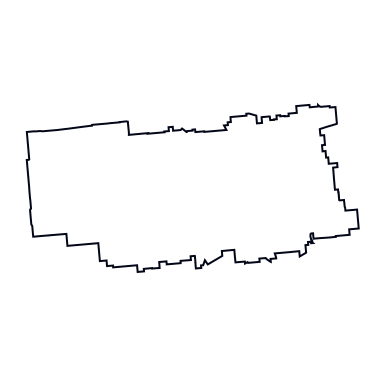 the district of Dowerin, Western Australia, Australia, rotated 265°
{"feature_id": "25037944B58207809126055", "entity_name": "Dowerin", "entity_type": "district", "adm_level": 2, "iso_a3": "AUS", "parent_name": "Australia", "parent_adm1": "Western Australia", "projection": "robinson", "projection_center": [117.124, -31.113], "detail": "fine", "context": "isolated", "style": "outline", "palette": "ink", "viewbox_px": 384, "rotation_deg": 265, "n_neighbors": 0, "source": "geoboundaries", "source_scale": "gbopen_adm2", "svg_char_len": 4748}
<svg xmlns="http://www.w3.org/2000/svg" viewBox="0 0 384 384"><g transform="rotate(265 192 192)"><path d="M264.1,342.3L264.2,336.6L265.6,336.6L265.6,336.4L265.6,335.7L265.6,334.2L265.6,332.1L265.6,330.0L265.6,328.1L265.7,327.8L265.8,327.4L265.8,327.2L266.0,326.9L266.2,326.6L266.4,326.4L266.6,326.1L267.6,325.2L266.2,325.2L266.1,316.7L268.5,316.6L268.5,303.3L261.7,303.3L261.7,295.0L259.2,295.0L259.3,291.0L259.7,291.0L259.7,286.5L260.8,286.5L260.8,282.8L257.1,282.8L257.2,279.9L256.7,279.9L256.8,276.2L259.4,276.1L260.4,276.1L260.5,275.1L260.5,272.7L260.5,271.6L260.5,270.2L260.5,268.5L260.5,267.9L259.3,267.8L257.3,267.8L255.9,267.8L254.7,267.8L254.7,262.7L262.5,262.7L262.6,262.4L262.7,262.2L263.6,259.8L265.1,255.9L265.2,255.6L265.2,254.8L265.2,254.7L265.2,252.9L263.3,252.9L263.3,246.3L263.3,240.6L263.3,236.9L261.5,236.8L259.3,236.8L258.3,236.8L258.3,233.6L255.5,233.6L255.5,229.7L253.8,230.4L251.5,231.4L250.8,231.7L250.8,220.6L250.8,209.5L251.4,209.5L251.4,205.5L251.4,203.7L251.4,200.6L254.1,200.5L254.1,197.9L253.1,197.9L253.1,191.9L252.2,191.9L252.2,191.7L252.3,191.6L252.6,191.4L252.9,191.1L253.9,190.0L254.4,189.5L254.8,189.1L255.1,188.7L255.4,188.4L256.1,187.6L254.7,186.1L254.7,178.5L258.6,178.5L258.6,174.3L254.7,174.3L254.7,169.8L254.7,169.7L253.9,169.8L253.9,153.0L254.5,153.3L254.4,134.1L256.0,134.3L267.7,134.2L268.1,132.5L268.0,128.1L268.0,126.0L267.7,126.0L267.7,123.6L267.7,115.8L267.7,115.4L267.6,115.1L267.6,98.3L266.7,98.0L266.8,97.7L266.8,97.3L266.8,97.0L266.3,84.4L265.8,73.3L265.8,72.0L265.6,66.2L265.5,64.0L265.5,58.9L265.5,56.2L265.5,48.3L265.6,48.1L265.9,46.3L266.0,45.3L266.0,41.3L266.0,41.1L266.2,40.3L266.2,40.1L266.2,35.8L266.2,32.7L263.2,32.7L256.0,32.7L244.4,32.7L242.7,32.7L238.7,32.7L238.3,32.3L238.3,30.2L225.8,30.2L223.6,30.2L221.1,30.2L212.1,30.2L205.7,30.1L199.1,30.1L198.7,30.2L190.0,30.2L189.8,30.2L189.7,30.2L189.4,30.1L189.2,30.0L189.1,29.9L189.0,29.6L188.8,29.5L188.7,29.3L188.4,29.2L188.2,29.1L187.8,29.1L178.6,29.1L173.9,29.1L173.6,29.2L173.4,29.2L173.3,29.3L173.1,29.4L172.9,29.5L172.6,29.6L172.3,29.8L172.1,29.9L171.9,29.9L171.7,29.9L170.5,29.9L162.7,29.9L161.3,29.9L161.3,43.3L161.2,45.3L161.3,45.3L161.3,45.6L161.2,63.2L149.2,63.2L149.2,80.9L149.2,88.3L149.2,94.2L139.7,94.2L131.2,94.2L131.2,100.9L130.0,100.9L125.6,100.9L125.6,106.9L123.8,106.9L123.8,112.6L123.8,130.9L119.7,130.9L117.1,130.9L117.1,132.2L117.1,134.8L117.1,136.6L117.1,137.3L119.6,137.3L119.7,145.6L119.2,145.6L119.2,150.1L119.1,153.1L121.8,153.2L123.7,153.2L125.1,153.2L125.1,160.5L122.1,160.5L122.1,169.0L122.1,174.5L122.6,174.6L124.4,174.6L124.3,185.0L128.1,185.0L128.1,185.5L128.1,189.2L128.0,189.3L121.2,189.3L121.2,189.2L118.1,189.2L115.5,189.2L115.5,192.2L115.5,192.3L115.5,194.6L118.1,194.6L118.1,196.7L118.1,196.8L122.9,198.9L118.5,201.4L119.0,202.5L125.7,216.6L130.6,216.6L130.7,229.1L124.1,229.1L118.1,229.2L118.1,232.2L118.1,238.6L116.1,238.6L117.3,241.3L116.5,241.7L116.5,246.2L116.5,246.9L116.5,253.3L119.8,253.3L119.8,259.4L119.7,259.4L119.7,259.5L118.5,260.7L117.4,261.9L116.5,263.1L116.1,263.6L116.0,263.8L115.8,264.0L115.6,264.2L115.5,264.4L115.8,264.4L118.5,264.4L118.5,267.5L118.5,270.1L119.9,270.0L123.6,269.1L123.6,271.4L123.6,277.3L123.6,283.8L123.7,293.7L118.4,293.7L121.6,300.4L126.1,300.4L129.2,300.4L129.2,303.2L132.1,303.2L132.1,306.2L130.6,306.2L130.6,308.1L131.1,307.6L132.4,307.5L133.0,307.5L133.9,306.6L137.5,306.1L138.4,306.2L139.7,306.4L140.0,306.7L140.3,307.1L140.3,309.0L140.2,309.0L134.9,309.0L134.9,309.3L134.9,313.5L134.9,314.3L134.7,325.4L134.8,331.4L135.6,331.4L135.6,339.9L135.6,345.3L141.1,345.3L141.1,354.9L141.8,354.9L148.8,354.9L149.1,354.9L158.7,354.9L160.1,354.9L160.1,343.2L161.1,343.2L162.6,343.2L162.9,343.2L163.0,343.2L163.3,343.1L163.5,343.0L163.8,342.9L164.0,342.8L166.4,342.8L167.8,342.8L169.5,342.7L170.8,342.7L170.8,342.1L170.8,340.5L170.8,339.4L170.8,338.6L170.8,338.3L170.9,338.2L171.0,338.0L171.3,337.9L172.0,337.9L172.9,337.9L173.1,337.9L175.5,338.0L175.5,337.9L178.7,338.0L178.7,337.9L178.7,337.7L181.8,337.7L181.8,334.6L188.9,334.6L192.6,334.6L204.0,334.7L204.1,339.1L208.2,339.1L208.2,330.7L214.6,330.7L214.6,328.6L221.2,328.6L221.1,325.6L227.3,325.6L227.3,328.6L230.2,328.6L233.4,328.6L233.7,328.6L235.1,328.6L237.1,328.6L237.1,324.9L239.3,324.8L240.7,324.8L242.1,324.8L243.5,324.8L243.9,326.2L244.2,328.0L244.7,329.7L244.9,330.7L245.2,332.1L245.7,334.5L246.1,336.6L246.3,337.6L246.5,338.5L246.7,339.4L246.9,340.4L247.0,341.0L247.1,341.3L247.1,341.5L247.2,341.9L247.3,342.1L247.4,342.3L248.3,342.3L248.5,342.3L249.0,342.3L250.3,342.3L251.0,342.3L252.6,342.3L254.0,342.3L255.2,342.3L255.7,342.3L255.9,342.3L256.3,342.3L256.9,342.3L258.6,342.3L259.5,342.3L261.1,342.3L262.3,342.3L264.0,342.3L264.1,342.3Z" fill="none" stroke="#020617" stroke-width="2"/></g></svg>